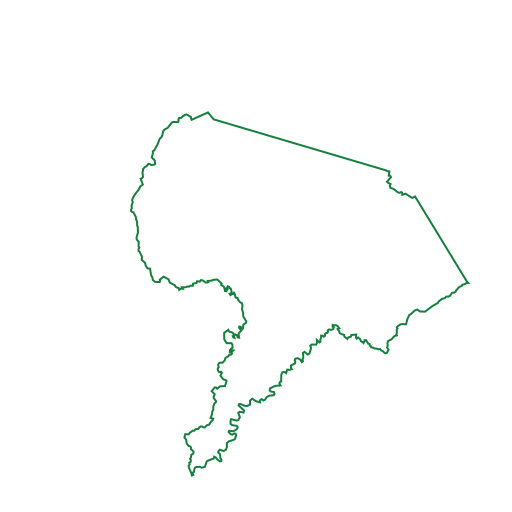 Cotegipe, Bahia, Brazil, rotated 149°
{"feature_id": "56859067B54877726124258", "entity_name": "Cotegipe", "entity_type": "district", "adm_level": 2, "iso_a3": "BRA", "parent_name": "Brazil", "parent_adm1": "Bahia", "projection": "orthographic", "projection_center": [-44.17, -11.737], "detail": "fine", "context": "isolated", "style": "outline", "palette": "green", "viewbox_px": 512, "rotation_deg": 149, "n_neighbors": 0, "source": "geoboundaries", "source_scale": "gbopen_adm2", "svg_char_len": 6150}
<svg xmlns="http://www.w3.org/2000/svg" viewBox="0 0 512 512"><g transform="rotate(149 256 256)"><path d="M223.2,403.8L241.0,405.9L240.9,407.2L240.2,408.6L242.6,413.1L244.5,413.6L249.2,413.0L250.9,413.9L252.3,412.9L252.7,411.7L253.8,410.9L257.9,413.5L259.4,413.8L265.8,411.3L269.3,411.5L271.5,410.7L274.0,407.8L275.3,406.8L278.3,406.0L282.8,402.4L289.0,398.9L290.5,398.9L291.5,397.1L294.5,394.3L294.4,392.6L293.7,391.3L293.8,389.7L294.9,386.9L296.0,386.7L298.9,387.9L299.6,389.4L300.7,390.4L303.8,389.3L305.4,389.5L308.2,388.7L308.9,387.3L310.2,386.3L312.1,382.0L313.6,381.4L315.1,381.6L316.2,375.5L319.4,375.2L322.5,373.2L327.2,371.5L331.6,369.2L333.5,367.5L333.8,365.7L336.8,363.2L337.8,360.9L339.3,360.0L339.9,358.9L339.6,357.7L338.6,356.6L338.9,351.2L339.7,349.7L340.4,346.4L342.3,343.1L342.3,341.9L345.2,336.8L348.9,333.4L349.7,331.5L349.3,328.4L351.7,324.9L351.8,323.2L353.2,322.4L354.1,320.9L353.6,319.8L354.1,314.1L356.0,311.5L354.6,307.2L355.5,304.6L355.4,301.3L353.4,299.7L355.8,293.5L356.0,290.3L356.8,288.7L355.8,285.7L352.0,283.3L351.0,284.0L350.6,285.3L345.8,285.9L343.0,281.1L343.6,277.6L340.6,272.7L340.8,271.3L340.0,269.7L338.7,268.2L339.3,266.5L336.9,266.6L335.6,265.6L335.6,267.3L332.5,265.5L330.6,265.2L329.3,264.3L327.6,264.4L325.5,263.0L324.3,264.7L320.8,263.6L319.5,264.7L317.4,263.0L315.6,263.7L314.2,262.4L312.9,259.2L311.7,258.5L310.4,258.2L310.2,259.4L306.5,257.7L305.1,257.7L301.3,255.8L299.6,250.1L300.7,249.1L299.4,246.4L300.0,243.4L298.7,243.7L297.5,242.6L297.1,243.8L295.8,244.6L294.9,243.4L295.3,242.1L294.4,241.2L295.1,238.5L295.8,236.9L298.1,237.3L298.0,235.6L296.4,235.8L295.4,235.2L293.8,235.9L293.9,233.9L294.9,230.9L293.4,229.5L294.0,228.0L293.8,226.5L293.4,224.4L292.4,222.8L292.9,220.8L295.4,217.6L296.4,213.8L298.0,210.9L298.1,204.7L299.0,203.9L302.2,203.7L304.0,201.1L305.2,200.3L305.7,203.4L306.6,204.1L307.5,203.2L307.1,201.3L307.4,199.5L310.3,198.8L311.3,197.8L312.5,194.7L313.6,195.6L313.1,197.9L314.2,199.4L315.9,199.1L315.2,201.3L316.1,203.2L317.5,204.2L317.9,205.4L317.8,207.0L322.9,206.5L326.1,201.0L326.1,196.5L322.0,193.9L321.9,192.2L323.3,189.4L325.2,189.3L325.7,188.0L327.1,188.2L328.0,187.0L326.5,186.0L326.8,184.7L328.1,184.3L329.8,185.1L331.3,184.3L334.6,184.4L336.6,182.6L339.6,181.8L341.8,183.1L343.2,183.1L344.4,182.4L345.2,179.9L346.6,179.3L347.3,178.4L347.6,176.8L347.4,175.3L345.5,174.7L345.4,173.4L348.1,171.7L347.6,167.1L345.9,165.3L345.6,164.0L349.6,160.4L353.7,162.8L357.6,162.2L358.1,164.0L359.2,164.6L363.6,163.0L362.6,158.7L365.0,157.0L365.4,155.7L365.0,152.6L365.5,151.4L367.5,151.1L370.1,149.0L371.9,146.2L373.5,145.2L375.5,142.8L378.4,140.5L376.5,138.7L377.8,137.7L381.3,136.6L382.9,135.6L385.4,136.2L388.3,135.4L389.2,136.1L390.1,137.7L391.4,138.4L392.9,138.3L394.5,137.5L397.0,138.7L398.8,138.0L400.2,138.9L404.1,138.5L405.6,137.8L408.4,139.7L410.8,137.4L410.5,134.2L412.0,131.1L411.7,128.1L410.5,126.7L410.3,125.5L411.2,123.8L410.3,120.6L410.9,119.5L412.2,118.8L413.8,118.9L415.7,116.7L417.0,116.1L416.9,114.8L417.9,113.3L419.7,113.1L420.2,111.5L421.9,110.8L422.5,109.3L423.3,102.8L420.2,103.0L418.5,105.2L417.0,106.1L415.4,105.7L412.6,104.1L411.6,102.5L408.4,101.6L404.2,105.2L402.6,105.4L396.4,104.2L395.2,105.5L394.2,104.0L394.0,101.5L392.8,98.7L391.4,98.1L390.5,99.2L390.7,100.8L388.9,104.9L389.7,107.0L388.5,108.2L386.6,108.5L384.2,105.4L381.5,105.5L379.3,107.2L377.4,110.6L374.7,111.1L369.8,109.9L368.1,110.1L365.6,112.2L365.0,114.3L366.5,115.2L368.3,115.0L369.4,116.2L370.1,119.3L369.0,120.0L366.0,117.7L364.3,117.3L361.5,117.5L359.8,118.8L359.9,120.2L363.5,123.3L364.3,125.2L362.6,128.0L361.4,129.0L357.4,124.9L355.6,124.5L352.9,126.1L352.0,130.7L350.4,130.9L347.3,128.3L345.8,129.7L347.9,136.9L347.0,137.8L345.7,137.2L342.2,132.7L340.6,132.0L337.7,131.7L335.6,135.1L332.7,135.7L330.9,131.7L328.0,128.5L327.5,129.7L326.4,130.4L325.0,130.5L324.0,128.3L322.2,128.2L319.4,129.6L316.3,129.3L312.6,127.6L311.1,128.2L310.7,130.2L313.3,132.4L313.5,133.8L312.2,135.3L306.3,134.7L301.6,132.4L301.6,134.6L300.5,135.7L299.0,135.5L295.6,141.0L293.4,142.7L292.0,142.4L290.9,141.4L290.5,140.1L287.8,142.5L285.6,141.0L283.6,140.5L283.6,142.2L282.4,144.2L278.0,143.8L276.8,145.1L276.6,146.5L275.2,147.7L273.0,147.0L271.4,144.4L271.4,141.4L270.0,141.5L269.4,143.4L267.8,144.5L265.6,148.8L263.8,148.8L262.3,144.8L260.3,145.0L256.2,148.7L255.7,151.2L253.7,151.4L250.2,149.1L248.5,150.1L247.1,152.6L246.2,149.2L244.9,149.3L244.0,151.1L242.0,152.8L241.2,154.2L239.9,153.4L239.4,151.9L237.9,152.1L237.2,153.5L236.0,153.9L234.4,153.3L233.4,153.9L233.0,155.2L231.2,155.4L229.5,153.9L227.3,153.6L226.1,154.7L226.8,155.9L225.7,157.4L224.7,156.2L223.2,155.7L222.2,154.1L221.8,151.1L223.7,151.4L223.5,148.7L223.9,146.8L223.0,145.1L221.1,143.0L221.6,142.0L221.6,140.9L220.4,137.9L218.9,138.7L216.2,138.0L215.0,139.2L210.6,137.1L212.3,134.7L212.1,133.2L210.5,133.6L209.6,131.3L210.0,128.8L208.9,127.4L208.7,126.0L207.1,126.8L206.4,127.9L205.1,127.3L204.9,123.0L204.0,122.0L204.6,120.6L204.0,119.5L204.3,118.4L202.5,116.8L201.9,115.5L200.4,114.6L199.2,113.0L197.5,112.3L197.3,110.5L196.2,109.0L195.9,107.2L195.3,106.1L194.1,105.4L190.6,107.4L190.8,110.0L189.3,111.4L188.0,113.9L186.6,115.1L182.8,114.8L178.9,116.0L177.4,116.0L176.1,115.4L175.8,116.7L174.7,117.8L173.2,120.5L172.1,120.9L172.0,122.4L170.7,122.8L167.5,123.0L165.8,122.4L162.6,120.2L158.7,124.0L155.0,126.5L152.8,126.5L148.0,127.5L145.3,127.0L144.0,124.0L139.7,121.2L130.9,122.2L124.2,122.1L122.9,122.9L118.6,123.5L116.0,122.6L113.7,123.2L112.4,122.2L110.3,122.0L106.8,123.5L105.3,122.7L103.4,122.6L101.9,123.5L97.7,124.8L95.1,124.4L93.9,125.1L91.5,124.3L89.8,124.5L88.0,123.5L88.4,125.8L89.0,225.1L92.3,225.4L95.7,232.4L99.1,233.1L98.1,235.0L98.7,236.1L100.4,236.2L101.7,237.7L103.4,242.4L105.7,245.2L105.1,247.3L103.6,248.4L105.1,250.7L105.5,252.2L99.7,254.0L99.6,255.6L100.8,256.5L98.1,259.8L99.6,261.0L100.6,262.6L221.9,394.9L223.2,403.8ZM315.9,199.1L316.6,196.9L317.4,198.0L317.1,199.3L315.9,199.1ZM325.7,188.0L324.2,186.8L325.4,186.7L325.7,188.0ZM300.0,243.4L300.6,241.9L299.4,241.0L298.5,241.9L300.0,243.4ZM423.3,102.8L424.0,100.9L422.5,100.7L422.4,101.9L423.3,102.8Z" fill="none" stroke="#15803d" stroke-width="2"/></g></svg>